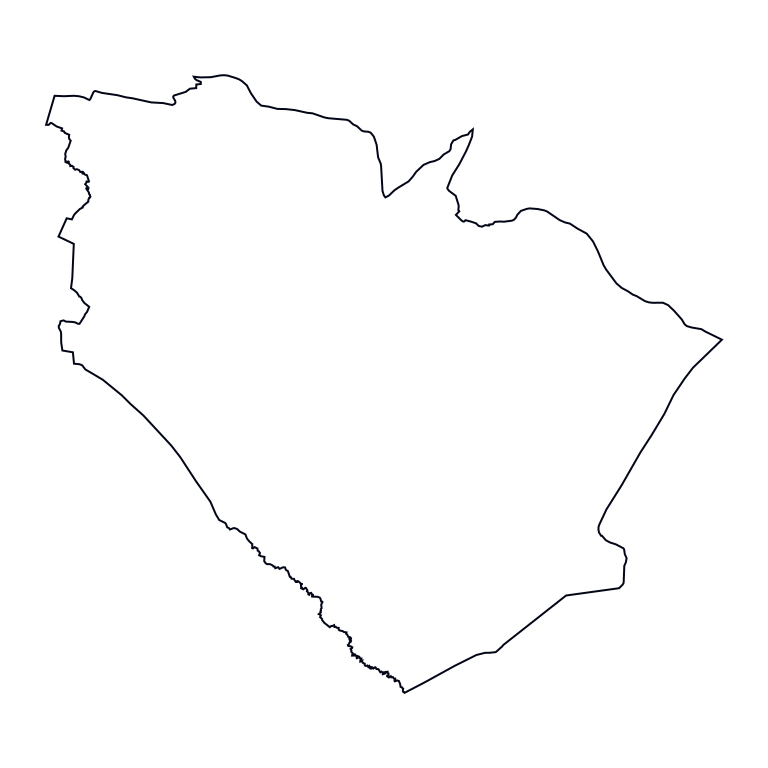 Khok Sung, Sa Kaeo, Thailand (orthographic projection)
{"feature_id": "78962969B84057693525228", "entity_name": "Khok Sung", "entity_type": "district", "adm_level": 2, "iso_a3": "THA", "parent_name": "Thailand", "parent_adm1": "Sa Kaeo", "projection": "orthographic", "projection_center": [102.618, 13.842], "detail": "fine", "context": "isolated", "style": "outline", "palette": "ink", "viewbox_px": 768, "rotation_deg": 0, "n_neighbors": 0, "source": "geoboundaries", "source_scale": "gbopen_adm2", "svg_char_len": 5980}
<svg xmlns="http://www.w3.org/2000/svg" viewBox="0 0 768 768"><path d="M404.6,692.8L424.8,682.3L454.2,666.1L476.4,655.0L485.1,652.8L489.2,652.8L495.2,652.2L496.2,651.8L502.1,646.5L503.4,644.9L566.1,595.5L619.1,588.2L622.4,584.9L623.4,583.5L623.7,581.8L624.3,565.8L625.8,562.5L626.6,558.2L624.8,554.1L624.1,549.3L623.2,548.2L616.0,544.4L609.8,542.4L605.7,540.1L602.0,535.8L601.1,535.8L599.0,532.5L598.5,529.9L598.5,527.1L599.4,524.4L606.5,509.3L621.6,485.3L640.6,452.1L651.5,435.3L664.3,414.0L673.5,395.1L684.7,378.5L693.0,367.7L721.9,339.7L705.2,331.5L701.5,329.2L691.7,327.5L686.8,326.1L684.5,324.1L681.9,319.6L674.2,310.9L668.1,305.1L662.8,302.7L652.7,302.8L649.1,302.4L645.1,301.2L636.6,296.1L632.8,294.6L628.0,291.3L621.8,288.0L616.5,283.5L606.1,269.5L603.6,265.2L597.9,251.3L593.0,241.4L586.7,233.6L577.8,228.8L569.9,223.6L564.9,222.4L559.7,220.1L547.1,211.5L544.4,210.4L537.5,209.0L529.6,208.4L526.7,208.9L520.9,210.9L517.4,214.7L515.9,217.7L513.8,219.9L511.8,220.7L504.0,221.7L499.9,221.5L494.7,221.9L492.8,224.2L489.2,224.5L489.3,225.4L488.9,225.6L485.3,225.1L481.9,226.7L478.7,225.9L476.0,223.3L470.6,221.5L465.5,220.2L464.4,221.4L463.3,221.6L461.4,220.4L455.9,214.9L459.3,211.3L458.3,210.1L458.7,206.5L458.5,204.8L455.7,195.8L449.0,190.8L447.5,188.8L447.3,187.9L452.2,175.5L459.2,164.4L466.0,151.4L468.7,145.3L472.1,136.6L472.8,129.4L469.9,131.7L468.0,134.5L461.9,136.1L455.3,139.9L453.4,140.4L451.1,144.3L450.6,149.1L449.3,151.2L443.8,154.4L439.3,158.9L434.7,161.0L429.7,162.2L423.5,164.9L416.1,171.9L412.9,176.5L408.6,181.4L398.5,187.5L394.3,190.4L389.0,195.5L385.4,197.4L383.9,195.4L382.5,191.0L381.1,166.1L380.7,163.6L378.1,157.3L376.6,144.7L373.9,136.7L370.8,132.8L368.6,131.8L363.9,131.4L361.7,130.6L357.0,126.2L353.3,124.5L349.1,120.7L346.8,119.8L328.1,118.2L324.3,117.4L312.4,113.3L307.2,112.8L294.9,110.1L285.9,109.1L277.4,108.9L268.9,106.7L261.2,105.6L256.6,101.6L250.9,93.2L246.8,85.3L241.8,81.0L239.0,79.3L235.0,77.8L227.7,75.6L224.4,75.2L220.3,75.4L210.8,77.2L200.3,77.4L193.8,76.7L194.9,78.7L196.5,80.1L200.8,81.9L200.8,84.0L196.3,84.5L196.2,88.1L189.9,88.7L185.7,91.9L174.1,95.5L173.3,96.4L173.3,97.7L175.2,100.8L175.4,102.7L174.5,104.0L172.2,105.0L163.3,103.1L151.2,102.4L132.6,98.3L125.8,97.3L117.5,95.2L101.9,92.9L95.5,91.0L94.5,91.2L93.5,92.1L90.2,99.3L89.3,100.0L83.9,97.4L78.8,96.2L73.8,95.8L63.9,96.2L54.6,95.8L46.1,124.8L48.6,124.9L50.7,122.9L51.8,123.2L56.7,126.5L62.1,128.4L61.5,130.6L64.0,131.4L64.7,132.8L69.2,134.8L68.9,137.2L69.2,138.9L70.7,140.7L68.2,147.9L66.4,150.2L65.2,153.9L65.7,157.0L65.2,158.2L65.1,159.9L65.7,160.6L65.4,161.9L66.8,162.6L67.7,161.6L68.5,161.5L68.9,162.0L68.2,163.1L70.3,164.8L70.3,166.1L72.1,165.9L73.6,167.0L73.4,168.1L75.1,169.7L77.0,169.2L79.2,170.2L80.3,172.0L82.1,171.8L82.5,173.5L83.1,173.6L83.6,172.7L84.6,174.4L87.0,175.3L89.0,181.5L88.3,181.9L86.6,181.5L86.4,182.6L85.2,184.2L88.5,187.8L88.3,188.7L87.0,188.0L86.3,188.3L86.3,188.7L88.9,192.5L89.1,194.0L89.9,194.8L89.8,195.9L90.4,196.6L89.9,197.7L88.9,198.2L88.3,200.3L88.3,201.7L84.3,204.9L82.5,206.8L82.7,207.5L80.0,208.9L75.5,213.2L74.0,215.0L71.9,219.4L66.7,218.3L58.5,236.6L73.8,243.9L72.3,278.1L71.0,288.2L74.3,290.3L77.0,292.7L79.3,296.6L80.4,296.8L81.5,298.2L82.3,300.3L84.5,303.1L89.2,306.8L87.1,311.8L85.0,314.4L84.4,316.2L79.5,323.8L78.0,323.8L75.3,322.4L72.1,321.9L65.9,321.6L63.6,320.4L60.5,321.2L60.0,323.9L58.7,326.2L59.0,328.2L60.6,331.1L61.1,333.1L61.2,342.6L62.4,350.5L72.9,352.3L74.0,363.7L79.3,364.2L82.1,365.2L85.3,369.4L102.7,379.7L121.9,395.4L130.6,404.1L143.4,415.5L171.3,445.6L180.3,457.2L196.1,481.4L210.4,501.7L215.8,514.3L219.2,520.0L225.2,523.0L225.9,523.8L227.2,527.3L229.1,528.2L229.9,529.5L233.9,528.0L237.0,528.9L240.0,531.7L245.4,534.4L247.0,538.6L249.2,541.3L252.3,544.1L252.2,548.2L253.0,548.4L254.6,547.1L257.4,548.5L257.7,550.7L258.8,551.3L260.0,553.1L259.1,555.2L261.0,556.2L264.5,556.9L264.2,561.2L265.8,563.4L266.9,564.1L269.7,564.1L271.5,564.8L273.1,565.8L273.4,566.5L274.7,566.6L275.3,568.2L278.2,567.2L279.6,568.9L283.0,567.3L285.0,567.4L285.9,569.9L287.9,571.1L289.8,576.8L290.6,576.8L291.5,578.7L294.1,578.9L294.5,580.1L295.9,582.0L297.1,582.0L297.3,581.1L298.4,581.3L301.0,583.7L301.9,583.9L301.9,584.3L300.9,584.6L301.1,587.1L301.8,587.5L301.3,588.3L303.3,589.3L305.3,587.8L305.9,587.9L307.4,590.3L306.9,591.2L308.4,592.7L308.2,593.9L308.5,594.5L309.2,594.8L309.6,593.4L311.2,592.9L311.9,594.3L312.9,594.7L313.0,595.4L312.0,596.0L312.1,596.6L317.7,596.8L319.7,597.6L320.4,598.5L321.2,601.5L322.3,601.7L322.5,602.1L321.2,604.7L321.6,608.2L320.8,609.2L321.0,610.9L320.4,611.4L320.8,612.5L318.8,614.1L320.9,615.3L320.1,617.1L322.0,618.9L322.2,620.2L324.4,622.9L329.8,627.2L331.2,626.0L332.4,626.0L334.1,625.1L334.5,627.0L335.8,626.8L336.6,627.7L338.7,627.9L338.7,629.7L339.5,630.4L342.6,631.1L343.9,632.0L346.5,632.4L346.1,633.7L347.2,634.6L348.2,636.8L350.3,637.3L351.1,638.4L350.9,639.0L349.7,638.5L349.3,638.8L349.9,640.4L350.8,640.2L351.1,640.8L350.5,642.1L349.7,642.2L348.6,644.5L347.9,645.0L348.3,646.0L350.7,646.3L352.3,647.3L352.3,647.8L350.6,649.0L351.4,650.2L351.2,651.7L352.6,653.1L352.1,655.6L353.6,655.6L353.4,654.2L354.9,654.3L355.4,655.5L357.0,655.8L356.5,656.9L356.8,658.2L357.5,657.9L357.5,657.2L358.5,656.6L359.3,656.7L359.6,658.1L361.3,658.5L360.3,660.3L360.3,661.5L362.3,660.6L362.1,661.8L363.1,663.0L364.7,663.7L364.8,665.4L366.0,666.0L367.4,665.5L368.2,666.5L369.3,665.8L369.7,666.5L368.9,667.4L369.7,667.6L370.4,668.6L371.3,668.5L371.3,667.1L372.3,667.3L372.7,668.3L373.3,668.6L374.8,667.3L375.5,667.3L376.4,669.0L378.5,669.2L380.3,672.3L381.6,671.6L382.4,672.4L383.5,672.3L382.8,673.5L382.8,674.2L384.9,673.6L385.7,671.9L387.4,671.8L387.0,672.7L388.5,673.4L388.5,675.7L387.2,675.6L387.1,676.3L388.9,677.5L390.8,676.2L391.3,677.3L392.9,677.1L393.8,678.5L395.2,678.6L395.4,679.5L394.5,680.6L394.8,681.3L397.4,680.5L398.9,681.0L400.1,684.0L400.6,686.9L402.0,687.3L402.4,688.2L403.2,688.6L402.8,690.4L403.2,691.9L404.4,692.2L404.6,692.8Z" fill="none" stroke="#020617" stroke-width="2"/></svg>